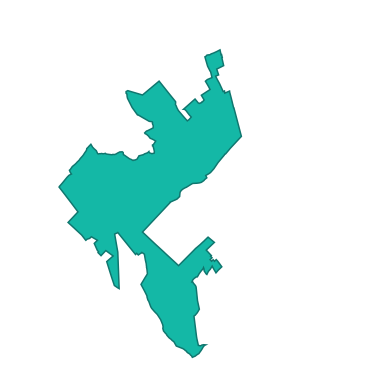 Sacalum, Yucatán, Mexico, rotated 224°
{"feature_id": "50627088B66414175482528", "entity_name": "Sacalum", "entity_type": "district", "adm_level": 2, "iso_a3": "MEX", "parent_name": "Mexico", "parent_adm1": "Yucatán", "projection": "robinson", "projection_center": [-89.63, 20.506], "detail": "fine", "context": "isolated", "style": "filled", "palette": "teal", "viewbox_px": 384, "rotation_deg": 224, "n_neighbors": 0, "source": "geoboundaries", "source_scale": "gbopen_adm2", "svg_char_len": 5281}
<svg xmlns="http://www.w3.org/2000/svg" viewBox="0 0 384 384"><g transform="rotate(224 192 192)"><path d="M76.0,91.5L77.6,90.2L78.0,89.6L78.6,88.7L79.0,87.3L79.4,87.0L80.9,86.1L86.5,89.8L88.4,91.2L103.4,103.3L104.4,104.1L104.1,105.6L104.3,108.2L104.3,108.6L105.0,111.6L105.2,112.4L105.3,112.8L112.5,117.6L122.2,125.8L122.3,125.8L122.7,126.2L123.1,126.5L123.7,126.8L124.6,127.1L127.7,127.4L128.9,127.8L129.6,127.2L130.2,128.9L130.4,129.7L130.4,131.3L130.0,133.7L129.2,134.7L130.1,138.2L130.5,141.1L130.7,144.0L130.8,144.6L131.2,145.6L129.8,144.9L128.5,143.7L125.4,143.0L124.6,142.9L124.0,143.0L124.9,145.7L125.1,146.8L125.2,149.2L126.0,152.7L124.9,152.3L124.7,152.2L118.6,150.5L118.8,154.1L118.6,158.9L123.0,159.7L125.1,160.0L125.3,160.1L125.5,160.1L127.6,160.2L127.7,157.8L129.7,158.0L129.8,155.8L132.0,155.9L131.9,158.6L134.0,158.7L133.9,159.7L135.8,159.8L137.8,159.9L141.4,160.1L141.4,160.3L140.9,171.3L149.1,170.7L149.2,169.5L149.2,168.4L149.3,166.9L149.3,165.8L149.3,165.2L149.4,164.0L149.5,162.2L149.6,159.8L149.6,159.7L150.2,153.8L150.2,150.7L150.5,129.7L155.8,129.6L168.9,129.3L170.8,129.3L182.6,129.0L199.8,128.8L200.1,147.1L200.4,169.6L200.6,169.6L197.8,176.7L197.8,177.0L197.8,178.1L197.8,178.6L197.7,180.1L199.8,182.7L200.5,183.8L200.8,185.8L200.6,187.6L200.4,188.5L200.0,189.9L199.3,191.6L197.8,197.6L197.4,198.7L194.7,201.6L193.2,203.4L192.1,205.2L191.8,206.3L191.4,208.5L191.5,209.9L191.2,212.5L193.6,213.4L192.6,216.8L192.2,218.8L192.4,223.8L193.7,231.3L194.4,240.9L194.7,241.9L194.3,242.6L194.7,248.9L194.8,249.3L195.1,265.9L195.1,266.0L195.1,266.3L220.1,281.5L220.2,281.3L220.3,281.3L220.6,281.5L221.0,281.8L221.4,282.0L221.9,282.3L222.3,282.6L222.7,282.8L223.1,283.1L223.6,283.4L224.0,283.6L224.4,283.9L224.9,284.2L225.3,284.5L225.7,284.7L226.1,285.0L226.6,285.3L227.1,285.6L227.4,285.8L228.1,286.2L228.2,286.3L232.6,289.0L233.8,289.7L235.1,290.7L237.1,285.9L238.8,287.2L239.3,285.9L247.5,289.1L251.4,290.3L255.5,291.7L254.2,294.7L259.6,297.6L257.0,304.9L262.2,308.3L263.7,309.2L263.5,309.7L266.2,311.4L266.4,310.9L270.6,313.7L271.7,310.4L273.1,306.8L274.2,304.6L274.5,303.0L275.2,302.4L275.6,301.8L276.2,301.1L276.4,300.5L276.3,300.0L276.3,299.0L276.6,298.2L274.4,296.9L268.1,293.3L263.2,291.6L262.2,291.4L261.8,291.2L257.1,288.2L259.1,283.5L259.3,281.0L254.2,279.6L250.2,278.3L252.5,268.1L247.2,266.6L247.1,264.5L247.2,263.5L247.4,263.5L247.3,262.9L247.7,261.8L247.9,261.7L247.8,261.4L248.3,260.7L249.4,260.4L254.4,261.0L255.6,245.6L254.8,246.3L252.9,246.4L250.4,246.0L247.7,245.6L244.6,245.4L244.4,242.1L244.8,239.9L250.9,240.4L258.1,241.1L258.4,241.2L259.0,241.3L261.9,242.3L262.9,242.9L264.5,243.3L266.3,245.4L266.7,245.6L274.9,246.6L275.0,246.6L292.7,248.9L295.0,227.4L308.6,220.3L309.2,218.5L308.1,217.3L307.3,217.2L306.9,217.3L305.0,215.6L303.5,214.6L293.8,211.2L285.0,209.6L285.0,209.8L280.3,211.0L280.2,211.0L271.9,213.1L269.5,214.8L268.8,214.7L268.0,213.7L266.0,212.8L264.5,211.2L265.1,209.3L266.6,205.1L267.1,204.2L267.1,203.4L267.1,201.6L266.3,201.4L264.8,201.9L262.3,202.0L259.4,201.6L257.4,202.4L256.1,202.8L253.9,203.3L253.5,203.4L252.7,199.2L253.1,198.4L252.4,197.7L252.0,197.9L251.8,197.9L248.4,195.8L247.0,194.8L246.2,193.6L247.5,191.7L249.6,190.7L249.8,190.7L250.5,190.8L251.1,191.2L251.2,189.4L252.0,187.7L252.5,186.8L252.8,185.8L252.9,185.1L254.9,181.8L255.3,181.3L255.0,180.2L254.7,178.7L254.5,178.2L254.4,177.4L255.3,175.1L255.6,175.0L256.0,174.7L256.3,173.7L258.1,173.3L260.0,172.5L266.5,171.5L267.2,171.2L269.0,172.6L270.3,172.4L270.7,171.7L271.7,170.8L271.9,170.3L272.7,168.0L272.9,167.0L273.6,165.3L274.5,164.5L275.1,164.0L275.4,163.2L280.1,159.7L281.1,159.7L282.4,157.8L282.9,157.4L283.4,157.2L283.9,156.8L284.4,156.0L284.9,155.6L285.3,155.1L285.7,154.5L286.0,154.2L286.6,154.1L287.7,154.5L289.4,155.2L291.1,155.2L292.1,155.1L294.7,155.2L297.9,156.1L297.9,152.9L297.8,151.7L297.9,150.2L296.9,148.7L296.2,144.6L295.9,143.4L295.7,141.3L295.7,140.2L295.6,138.2L295.3,136.6L295.3,135.4L295.4,133.9L295.3,132.5L295.4,130.3L295.8,127.2L295.2,123.7L295.3,122.5L292.9,121.5L291.2,121.2L292.1,118.5L292.1,115.8L291.8,112.1L291.5,108.7L291.3,105.0L291.3,104.1L290.9,103.6L291.0,103.2L282.7,102.0L272.2,100.4L260.2,98.5L260.0,84.0L241.5,84.4L235.2,83.5L234.8,83.5L234.7,85.2L233.4,87.5L233.3,89.9L226.5,91.6L226.6,87.1L219.4,84.2L217.7,84.1L217.5,83.1L216.6,83.1L213.2,83.0L213.3,90.0L204.3,91.2L205.0,82.7L191.1,75.1L182.9,70.8L178.8,71.5L177.3,71.9L203.6,97.2L218.4,108.0L217.8,109.7L217.2,110.8L217.2,111.3L189.2,107.8L189.2,109.5L186.9,109.4L186.4,111.9L186.0,113.0L186.1,113.7L183.1,114.2L178.2,110.6L175.1,108.6L173.6,107.3L172.9,106.8L172.5,106.3L171.4,105.6L170.0,104.5L167.2,102.1L166.3,97.8L165.5,94.4L164.5,90.1L157.1,87.7L152.3,86.0L151.4,85.2L148.8,83.7L147.1,83.3L142.0,80.8L140.2,80.3L135.9,79.9L131.9,79.8L125.9,78.4L121.4,76.4L121.1,76.3L119.6,75.3L119.4,75.2L119.0,74.6L118.8,74.5L118.2,73.6L117.7,73.2L116.9,73.0L116.2,72.3L112.8,71.9L111.4,71.9L110.6,71.5L107.1,71.2L104.7,71.5L103.0,71.4L101.2,71.7L100.3,71.5L96.3,70.3L89.8,73.0L87.8,73.4L86.8,73.3L85.5,73.6L84.4,73.3L84.0,73.4L83.1,73.4L82.0,73.7L81.6,73.8L80.9,73.9L80.4,73.8L79.7,73.7L78.5,73.8L76.9,73.3L75.6,76.4L75.5,77.8L74.8,80.6L75.1,82.4L75.3,84.0L75.8,86.5L76.2,87.7L76.4,89.3L76.4,90.4L76.0,91.5Z" fill="#14b8a6" stroke="#0f766e" stroke-width="1.5"/></g></svg>